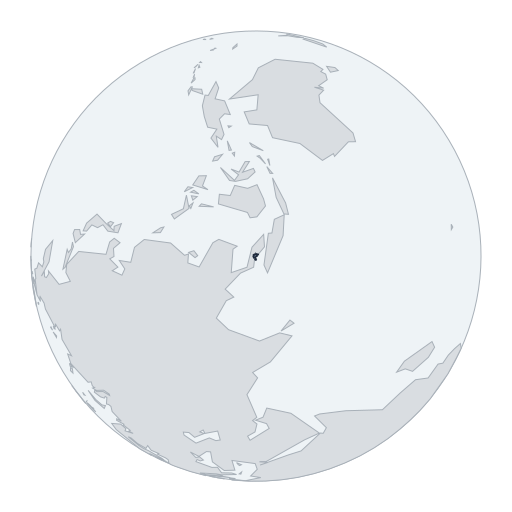 the Earth from above Kedah, rotated 239°
{"feature_id": "MYS-1140", "entity_name": "Kedah", "entity_type": "State", "adm_level": 1, "iso_a3": "MYS", "parent_name": "Malaysia", "parent_adm1": "", "projection": "orthographic", "projection_center": [100.502, 5.804], "detail": "fine", "context": "on_globe", "style": "filled", "palette": "slate", "viewbox_px": 512, "rotation_deg": 239, "n_neighbors": 0, "source": "natural_earth", "source_scale": "10m", "svg_char_len": 9134}
<svg xmlns="http://www.w3.org/2000/svg" viewBox="0 0 512 512"><g transform="rotate(239 256 256)"><circle cx="256" cy="256" r="225" fill="#eef3f6" stroke="#a8b0b8"/><path d="M468.9,322.0L468.4,323.6L468.3,323.8L468.9,322.0ZM382.5,69.6L386.7,72.7L379.4,67.5L382.5,69.6ZM371.0,62.3L372.1,63.0L367.8,60.5L366.6,60.1L361.3,57.3L354.4,53.4L350.9,51.8L352.9,53.0L348.8,51.6L346.4,49.8L339.0,47.3L326.2,42.0L325.9,41.8L341.4,47.5L356.5,54.4L371.0,62.3ZM367.4,60.6L369.3,61.7L367.8,61.1L367.4,60.6ZM358.4,56.3L355.4,55.3L357.2,55.6L358.4,56.3ZM353.0,54.3L346.1,52.5L349.7,54.7L335.5,48.3L346.1,51.5L347.7,51.4L349.5,52.7L353.0,54.3ZM328.8,45.4L326.1,44.7L327.6,44.8L328.8,45.4ZM76.2,120.2L76.9,119.7L75.9,121.6L68.8,131.3L63.6,146.0L70.2,138.1L72.5,147.2L78.5,148.4L93.1,130.1L83.3,127.6L88.5,118.3L102.0,112.6L111.5,116.2L113.9,112.8L113.6,103.9L121.8,98.8L114.3,100.6L112.9,104.2L108.2,105.8L109.1,102.6L111.9,100.7L110.7,98.6L97.5,109.3L94.7,114.2L87.9,114.8L82.6,123.3L78.7,126.8L86.1,113.9L89.9,109.5L98.9,96.2L94.3,100.6L85.5,113.8L85.6,112.5L79.3,119.8L84.2,113.3L95.0,98.8L93.4,100.0L105.1,88.7L117.6,78.2L121.4,75.4L122.2,75.2L133.7,67.4L135.7,66.5L128.3,71.2L123.6,74.8L126.6,75.8L129.7,74.4L136.9,69.5L136.8,70.9L143.5,66.1L149.3,65.5L147.8,62.6L156.3,57.9L164.4,55.2L166.9,53.4L153.7,58.1L148.7,60.6L144.8,63.4L130.9,71.2L128.1,72.2L141.6,62.9L139.0,63.7L150.6,57.1L179.2,46.8L186.8,46.1L181.6,53.4L175.0,55.6L173.6,53.7L167.2,59.3L171.4,56.9L171.3,58.4L179.4,55.3L179.8,56.2L186.9,51.9L188.2,52.8L183.7,55.5L196.8,52.6L201.8,54.2L204.6,53.2L206.2,51.6L211.5,55.3L213.3,54.4L212.3,52.8L215.3,50.2L222.6,47.3L224.0,48.7L221.6,49.9L218.6,55.1L211.8,58.7L213.2,59.1L219.4,56.3L223.0,50.0L227.0,47.9L226.2,50.6L226.8,49.4L229.3,48.9L233.0,49.9L234.3,47.0L259.2,41.9L269.0,44.1L265.5,46.5L284.4,46.8L293.9,50.8L293.0,49.1L301.4,49.1L298.5,47.7L298.7,47.0L319.0,48.2L324.8,50.1L332.5,50.1L332.0,49.5L328.0,47.9L335.5,48.3L349.7,54.7L350.1,55.7L358.7,59.6L358.4,61.9L362.1,66.1L356.8,67.3L360.2,71.1L363.2,72.3L370.1,79.0L373.9,89.7L357.6,75.6L349.3,61.7L351.6,66.5L347.1,64.1L345.5,65.2L347.5,69.2L350.1,70.4L333.1,72.6L329.9,83.8L339.7,84.5L346.3,89.4L351.2,106.4L334.7,128.3L343.4,137.8L344.2,143.6L337.4,146.3L336.0,137.8L328.7,134.0L328.9,129.2L317.6,131.9L317.4,125.2L308.6,131.2L312.5,136.9L322.6,136.5L315.1,145.4L326.0,156.3L327.7,168.7L311.1,189.5L293.4,195.1L292.5,199.1L285.2,194.0L275.9,201.6L289.6,225.9L289.4,232.7L274.1,244.9L273.7,239.8L254.5,226.2L251.0,242.5L265.6,257.1L270.6,273.7L259.5,268.0L254.4,253.4L247.6,248.2L249.3,233.9L243.5,212.5L232.2,215.8L233.0,207.5L223.2,190.0L207.0,194.5L181.3,215.2L177.9,236.7L169.0,245.7L157.8,213.8L157.9,193.1L150.7,194.6L141.8,176.8L117.3,173.6L116.7,168.3L111.5,170.3L105.7,164.5L105.9,156.0L101.1,156.0L101.4,178.5L106.9,178.7L115.5,171.0L114.2,179.0L120.1,186.9L103.2,204.9L71.6,219.1L73.4,202.9L74.6,158.8L77.3,154.3L77.5,153.8L77.8,152.9L72.9,160.0L74.7,151.8L68.8,181.4L65.7,194.3L71.1,220.0L69.4,222.3L72.6,227.9L88.7,223.8L87.8,229.2L77.1,253.3L59.1,285.2L64.3,309.0L67.8,329.0L62.8,340.7L69.6,356.4L67.9,361.0L72.0,369.8L74.3,378.4L75.7,386.1L71.3,384.4L66.0,376.2L56.1,359.7L43.8,331.7L39.1,316.8L36.0,304.0L33.5,290.4L31.5,275.0L30.7,258.6L31.1,242.1L32.8,225.7L35.6,209.5L39.6,193.5L44.7,177.8L51.0,162.6L58.4,147.9L66.8,133.7L76.2,120.2ZM116.7,130.6L125.7,133.0L130.2,120.9L134.1,121.1L134.2,117.2L130.5,120.1L132.2,110.0L139.2,107.6L142.5,103.0L139.6,102.1L126.5,108.2L124.1,122.3L118.4,126.5L116.7,130.6ZM239.9,31.3L238.6,31.5L231.6,32.2L233.4,31.9L224.5,33.1L222.9,33.2L222.0,33.3L218.0,33.9L217.2,34.1L239.9,31.3ZM78.9,118.3L78.8,118.9L79.7,118.9L75.8,123.8L78.9,118.3ZM86.0,108.4L86.6,108.0L81.4,114.2L81.5,113.8L86.0,108.4ZM91.3,102.8L87.0,107.5L89.4,104.7L91.3,102.8ZM129.3,70.8L130.5,70.4L128.8,71.5L126.2,73.2L129.3,70.8ZM204.9,38.4L206.9,37.6L208.3,37.3L215.5,35.5L217.3,35.7L213.6,36.9L204.9,38.4ZM88.9,132.9L84.6,136.0L84.8,134.0L86.3,133.3L88.9,132.9ZM77.9,129.4L78.3,132.5L76.8,130.7L77.9,129.4ZM208.1,38.3L210.9,37.4L210.1,38.1L208.1,38.3ZM219.0,35.8L218.8,36.4L218.4,35.5L219.0,35.8ZM178.0,437.0L182.7,439.7L179.4,439.6L178.0,437.0ZM89.4,329.0L92.0,362.8L85.8,362.1L80.4,351.6L76.5,330.8L82.4,325.8L84.0,316.7L89.4,329.0ZM326.4,314.5L332.9,315.8L332.6,316.9L326.4,314.5ZM319.6,310.6L327.1,311.3L318.2,312.8L319.6,310.6ZM330.0,311.6L337.7,309.9L341.0,308.4L340.4,310.6L330.0,311.6ZM314.5,310.4L286.2,308.7L275.0,305.3L277.7,301.6L295.9,303.5L314.5,310.4ZM276.8,301.4L259.5,289.7L235.6,257.2L244.2,258.2L269.1,278.3L267.5,281.5L278.0,290.6L276.8,301.4ZM318.3,283.7L316.6,293.6L301.1,291.9L294.0,289.9L289.1,276.9L291.8,270.6L297.7,271.1L320.0,250.6L327.8,256.4L321.1,265.1L327.5,274.1L318.3,283.7ZM178.8,238.8L183.6,252.1L178.8,254.0L178.8,238.8ZM328.8,236.1L319.9,245.0L327.9,232.9L328.8,236.1ZM333.4,224.7L334.0,229.4L330.3,224.6L333.4,224.7ZM292.5,205.5L286.3,206.2L286.0,202.9L293.8,200.1L292.5,205.5ZM329.0,179.5L329.3,188.8L328.3,192.0L325.3,186.1L329.0,179.5ZM227.3,42.9L215.2,44.8L207.7,47.3L205.3,49.9L203.5,47.4L215.1,43.6L227.3,42.9ZM255.1,41.6L257.2,39.9L259.7,40.7L259.6,41.1L255.1,41.6ZM253.9,40.6L249.9,38.8L253.3,37.9L255.8,39.5L253.9,40.6ZM228.5,37.2L224.8,37.7L225.6,37.0L228.5,37.2ZM417.4,408.3L417.3,410.1L411.0,416.2L403.4,422.4L398.6,424.2L417.4,408.3ZM372.6,422.0L375.2,414.5L382.2,414.2L376.9,420.7L372.6,422.0ZM422.5,403.6L428.2,397.0L433.2,388.4L429.2,396.3L430.4,396.8L418.3,409.5L422.5,403.6ZM354.4,389.8L311.5,402.5L302.7,400.2L306.3,394.0L300.9,374.6L303.9,375.1L303.7,362.2L329.8,351.6L348.9,331.1L361.9,333.1L372.7,318.2L385.6,320.1L380.8,332.0L393.1,340.9L404.2,314.1L409.0,343.8L416.1,354.9L414.8,373.7L392.0,404.0L381.5,409.5L380.7,406.5L376.0,409.4L370.4,407.8L369.7,397.4L365.0,400.4L370.6,393.0L363.3,399.4L361.5,392.8L354.4,389.8ZM445.4,342.6L446.5,343.5L447.5,348.9L445.7,347.8L445.4,342.6ZM465.6,327.8L465.4,330.3L464.5,330.8L465.6,327.8ZM468.3,323.8L467.2,324.7L468.9,322.0L468.3,323.8ZM455.0,326.0L455.4,327.9L454.8,328.5L455.0,326.0ZM454.6,325.4L455.8,322.5L455.3,325.4L454.6,325.4ZM449.9,308.9L450.9,307.4L451.2,308.6L449.9,308.9ZM342.5,316.5L351.7,309.2L356.6,308.8L342.5,316.5ZM448.9,305.5L446.7,305.1L447.0,303.5L448.9,305.5ZM449.3,301.9L449.2,299.7L450.2,305.0L449.3,301.9ZM445.2,296.6L447.8,300.7L444.8,297.0L445.2,296.6ZM443.5,297.0L441.4,295.1L441.6,294.4L443.5,297.0ZM418.2,297.8L426.1,311.5L419.3,310.6L411.8,301.9L405.1,309.0L390.5,306.8L394.1,302.3L392.3,295.1L376.7,291.2L373.5,286.4L379.2,283.7L368.7,279.4L380.3,278.1L384.9,287.8L391.3,280.9L402.2,283.5L412.4,287.4L420.2,295.2L418.2,297.8ZM380.0,298.8L382.0,299.0L380.1,301.7L380.0,298.8ZM437.6,289.4L440.5,294.3L440.1,295.5L438.6,294.6L437.6,289.4ZM422.1,293.7L430.7,286.6L432.6,286.9L426.9,295.3L422.1,293.7ZM428.8,281.3L432.6,282.8L434.5,287.4L433.7,288.5L428.8,281.3ZM356.4,288.6L355.9,291.2L352.8,289.0L356.4,288.6ZM360.4,287.3L369.5,290.7L359.5,289.5L360.4,287.3ZM331.9,276.5L334.6,282.9L343.4,279.4L336.7,284.7L342.5,295.3L340.4,299.0L334.7,287.6L332.4,298.9L328.5,298.5L326.5,288.6L330.5,276.9L334.4,272.2L350.2,271.1L331.9,276.5ZM360.4,279.7L357.9,272.4L359.7,267.7L362.4,271.6L360.4,279.7ZM350.4,254.8L343.6,246.2L337.6,249.0L349.5,238.4L354.1,248.3L350.4,254.8ZM344.3,236.6L338.7,239.0L344.4,232.8L344.3,236.6ZM337.2,236.2L336.4,230.6L340.9,231.6L337.2,236.2ZM347.3,237.0L348.0,227.6L350.4,233.3L347.3,237.0ZM333.9,218.1L344.0,227.7L331.3,223.1L329.8,205.1L335.2,205.0L333.9,218.1ZM357.9,151.1L356.1,146.4L360.6,145.8L360.6,149.1L357.9,151.1ZM373.8,141.3L361.2,144.2L350.9,147.3L354.5,149.7L353.1,157.3L347.0,149.6L353.6,141.8L361.6,140.9L361.9,134.8L367.2,131.3L364.6,123.6L366.6,120.8L371.4,127.7L373.8,141.3ZM363.1,120.4L360.5,108.0L369.5,110.8L372.1,114.1L369.5,118.5L364.9,116.7L363.1,120.4ZM362.5,105.9L358.0,104.3L344.6,86.5L344.1,83.7L359.0,97.6L355.6,97.0L357.2,101.2L362.5,105.9ZM327.4,45.5L326.2,44.8L328.7,45.7L327.4,45.5ZM296.9,46.3L297.6,45.5L300.5,46.2L296.9,46.3ZM300.9,43.8L297.2,43.4L300.6,43.2L300.9,43.8ZM288.9,43.0L295.4,43.0L290.1,43.9L288.9,43.0Z" fill="#d9dde1" stroke="#a8b0b8" stroke-width="1"/><path d="M255.5,253.2L255.8,253.2L256.0,253.3L256.3,253.4L256.4,253.5L256.5,253.5L256.8,253.3L256.9,253.5L257.0,253.5L257.2,253.8L257.3,254.0L257.3,254.3L257.6,254.3L257.8,254.2L258.0,254.3L258.2,254.2L258.3,254.3L258.3,254.5L258.2,254.5L258.2,254.8L258.3,254.8L258.3,255.0L258.3,255.3L258.3,255.5L258.2,255.5L257.8,256.0L257.8,256.3L257.8,256.6L257.7,256.7L257.7,256.8L257.8,256.9L257.7,256.9L257.7,257.0L257.5,257.3L257.4,257.5L257.4,257.8L257.2,257.9L257.0,258.0L256.9,258.0L256.7,258.3L256.4,258.6L256.3,258.8L256.2,258.8L256.0,258.7L256.2,258.1L256.1,257.3L256.1,257.1L255.4,256.9L255.4,256.5L255.5,256.6L255.5,256.4L255.5,256.0L255.4,255.2L255.2,254.8L255.1,254.5L255.0,254.4L254.9,254.3L254.8,254.2L255.3,253.6L255.5,253.5L255.5,253.4L255.5,253.2L255.5,253.2ZM253.7,253.8L253.6,254.0L253.4,254.0L253.2,254.1L252.9,254.0L253.0,253.9L252.9,253.8L252.7,253.8L252.7,253.7L252.8,253.5L253.0,253.5L253.3,253.5L253.3,253.4L253.5,253.4L253.5,253.5L253.7,253.8ZM253.2,254.3L253.3,254.2L253.4,254.3L253.4,254.5L253.2,254.5L253.2,254.4L253.2,254.3Z" fill="#64748b" stroke="#1e293b" stroke-width="1.5"/></g></svg>